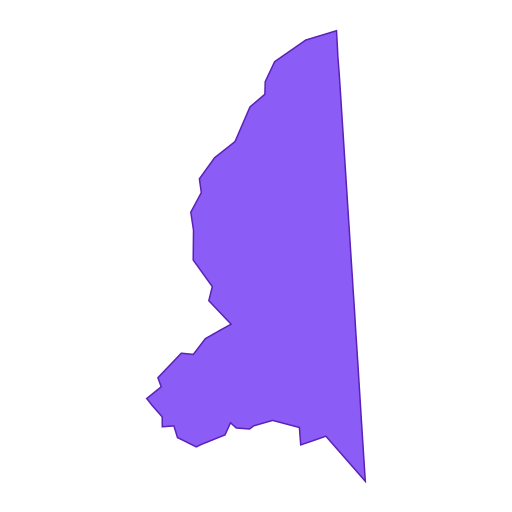 outline of Caroline, Maryland, United States of America
{"feature_id": "52423323B10584672826222", "entity_name": "Caroline", "entity_type": "district", "adm_level": 2, "iso_a3": "USA", "parent_name": "United States of America", "parent_adm1": "Maryland", "projection": "natural_earth1", "projection_center": [-75.855, 38.889], "detail": "fine", "context": "isolated", "style": "filled", "palette": "violet", "viewbox_px": 512, "rotation_deg": 0, "n_neighbors": 0, "source": "geoboundaries", "source_scale": "gbopen_adm2", "svg_char_len": 795}
<svg xmlns="http://www.w3.org/2000/svg" viewBox="0 0 512 512"><path d="M193.5,230.2L193.2,260.0L212.3,286.6L208.8,300.7L231.1,324.2L221.4,329.5L205.4,338.6L193.3,354.4L181.3,353.2L157.9,377.7L161.2,386.8L146.7,398.5L152.0,405.3L162.2,416.9L162.3,426.8L173.9,425.9L177.5,437.6L196.3,446.9L201.6,444.3L225.0,434.9L230.5,422.8L236.3,428.0L249.5,429.0L253.8,425.8L272.6,420.4L299.4,427.5L300.7,444.9L325.9,436.2L365.3,481.3L361.3,419.0L358.0,365.8L355.9,333.6L354.8,315.5L354.4,308.7L354.2,305.7L353.4,293.7L353.3,292.7L352.2,274.6L352.1,273.6L350.6,250.5L340.4,91.7L339.2,73.6L337.8,55.7L337.6,50.9L336.5,30.7L305.8,40.0L274.7,61.6L265.2,81.7L264.9,94.2L250.0,106.9L235.0,141.6L214.6,157.7L199.4,178.8L201.3,192.6L190.8,212.2L193.5,230.2Z" fill="#8b5cf6" stroke="#5b21b6" stroke-width="1.5"/></svg>